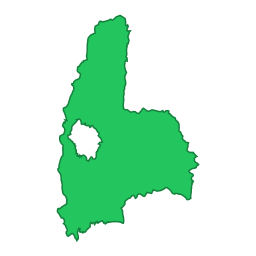 Antsirabe II, Vakinankaratra, Madagascar
{"feature_id": "10022922B65379850816186", "entity_name": "Antsirabe II", "entity_type": "district", "adm_level": 2, "iso_a3": "MDG", "parent_name": "Madagascar", "parent_adm1": "Vakinankaratra", "projection": "natural_earth1", "projection_center": [47.084, -19.841], "detail": "fine", "context": "isolated", "style": "filled", "palette": "green", "viewbox_px": 256, "rotation_deg": 0, "n_neighbors": 0, "source": "geoboundaries", "source_scale": "gbopen_adm2", "svg_char_len": 5741}
<svg xmlns="http://www.w3.org/2000/svg" viewBox="0 0 256 256"><path d="M63.5,223.5L65.8,225.8L65.8,226.7L67.4,229.9L67.3,230.7L66.3,231.7L66.2,233.1L67.3,235.8L68.3,236.2L71.8,233.6L72.7,233.6L74.4,235.6L75.2,238.1L76.7,239.9L76.9,240.6L78.3,238.7L78.2,235.8L77.4,233.4L77.6,231.7L78.2,230.2L78.5,228.8L78.8,228.9L79.7,228.3L80.0,228.5L79.8,229.4L79.5,229.9L79.8,230.6L79.5,231.6L79.8,232.0L80.6,232.2L81.8,231.9L82.8,232.9L83.4,231.9L84.1,232.2L85.0,232.1L85.8,231.4L86.6,230.0L90.2,226.7L90.1,224.0L90.6,223.4L90.8,222.6L91.7,223.5L92.3,223.6L93.4,222.4L94.0,222.5L94.3,222.9L94.4,224.5L94.6,224.7L95.8,222.2L96.9,222.8L97.0,221.6L97.9,221.9L98.3,222.9L100.0,221.7L102.4,220.8L103.7,223.0L104.3,222.6L105.2,223.9L106.3,223.3L106.6,222.5L107.8,222.5L108.1,221.9L108.5,222.3L113.0,221.6L118.2,221.7L120.8,222.2L122.9,223.3L123.3,223.2L123.7,221.9L123.7,220.4L123.4,216.9L122.7,214.4L122.5,210.5L121.1,208.1L122.7,206.9L124.3,205.0L125.0,203.8L124.9,201.3L128.7,198.3L129.8,198.2L130.4,197.8L131.6,196.0L132.7,195.6L134.0,195.5L135.4,198.3L136.4,197.7L137.1,196.5L137.4,195.0L138.3,194.3L139.5,193.9L140.3,194.0L143.4,196.2L144.6,196.3L147.1,192.5L151.6,193.4L153.2,189.9L157.2,191.1L159.1,190.8L161.5,190.3L161.9,189.7L163.2,189.5L165.5,187.8L166.3,187.5L167.3,187.8L169.5,189.5L170.6,190.5L172.1,192.9L173.6,193.8L174.8,194.1L175.6,193.4L176.3,193.4L177.6,193.6L178.6,194.2L180.9,194.3L182.9,195.4L185.7,197.6L187.0,199.6L188.5,199.6L190.8,198.4L190.6,196.1L191.2,192.1L191.2,189.2L191.6,188.0L191.4,186.7L192.1,184.2L191.8,182.4L192.3,181.9L192.8,182.4L193.3,181.1L191.5,179.7L191.3,178.1L192.2,176.5L193.2,175.8L193.2,175.0L192.6,174.1L190.0,172.8L189.0,171.5L188.8,170.8L192.0,168.7L195.9,167.8L196.2,167.5L196.5,166.1L198.6,164.7L197.7,163.5L195.5,162.3L194.4,160.7L194.5,159.8L194.3,158.9L194.5,158.2L195.6,157.1L196.9,156.4L195.5,155.3L193.3,152.5L192.5,152.7L192.2,152.3L191.5,152.5L190.8,152.3L189.7,152.6L186.9,150.4L186.9,149.8L188.0,146.2L187.8,145.3L188.1,143.8L188.5,142.8L185.8,142.2L184.7,140.9L183.2,139.8L182.4,138.7L182.3,138.0L182.8,136.6L182.7,135.8L181.5,134.7L180.7,132.2L180.0,131.6L179.1,131.3L178.9,130.9L179.1,127.4L179.0,124.4L178.2,122.4L175.5,119.7L175.3,118.1L173.9,117.2L173.3,117.4L169.7,113.6L168.5,113.5L168.9,111.5L168.6,110.9L167.8,110.7L165.8,110.8L164.8,112.0L164.3,112.1L163.4,112.0L163.2,111.2L162.7,110.6L160.7,111.6L159.9,111.7L152.0,109.8L149.9,110.9L147.9,111.3L145.4,109.8L143.6,108.3L143.3,108.3L142.3,109.0L141.3,110.9L140.3,111.7L139.8,112.6L138.9,113.3L138.2,113.4L137.0,113.1L135.3,111.8L133.3,111.5L131.3,112.2L130.4,112.0L127.3,109.8L125.4,109.8L123.6,108.8L123.2,105.1L123.8,99.3L123.4,97.6L124.1,93.6L123.8,91.3L124.0,90.3L124.6,89.1L124.6,86.7L125.5,84.9L125.7,83.2L125.4,80.6L124.8,78.2L124.8,76.5L126.5,72.4L125.2,69.6L124.5,65.4L125.1,61.8L125.6,60.8L126.2,60.3L126.6,60.9L127.2,61.1L127.0,57.8L126.0,57.0L126.1,56.2L126.8,54.7L126.5,50.6L126.7,47.3L127.2,46.7L126.9,44.5L127.4,43.9L128.0,44.0L128.2,43.6L129.0,40.4L128.1,37.6L128.0,35.7L128.9,34.2L129.2,32.4L130.3,30.9L127.4,31.0L127.2,30.6L127.0,29.8L127.1,29.0L127.6,27.6L127.9,27.4L127.7,26.9L128.2,26.3L127.6,24.9L126.5,25.8L125.6,25.1L125.6,21.7L125.1,18.5L120.1,15.4L116.3,16.9L112.5,20.2L112.0,20.2L111.1,19.4L110.4,19.2L108.9,20.2L104.6,21.5L102.1,21.9L100.8,21.2L100.3,21.2L99.1,22.1L98.4,24.6L95.4,26.1L95.1,26.8L94.7,29.4L95.1,33.0L91.0,34.9L89.7,36.1L88.1,38.3L87.3,44.3L87.2,51.1L86.9,54.5L86.5,55.9L87.2,59.5L85.3,60.4L83.4,60.8L82.9,62.3L81.9,62.3L81.3,63.3L80.3,64.3L79.4,66.2L78.3,66.5L77.7,67.0L77.3,70.8L78.1,72.0L80.3,73.7L80.4,74.5L79.9,77.3L78.8,78.9L75.9,80.0L74.0,81.6L73.3,83.5L71.7,83.9L71.7,84.4L72.0,85.0L73.6,86.4L73.9,89.5L72.8,91.3L72.1,93.5L70.6,96.1L68.2,104.1L66.5,106.6L65.9,107.1L63.6,108.0L63.3,108.8L63.4,110.3L65.1,114.4L66.9,120.5L65.2,120.0L65.7,120.7L65.0,121.4L65.1,122.7L64.5,122.9L63.9,122.4L63.6,122.6L63.5,123.0L63.8,123.2L62.9,124.5L62.9,125.5L62.6,126.1L64.5,128.3L65.0,130.5L64.2,132.5L63.9,133.9L61.0,135.6L60.5,135.6L59.9,136.6L59.7,137.8L59.8,140.0L60.4,141.9L61.8,144.0L63.3,145.5L62.8,147.6L63.0,154.5L62.7,155.8L61.7,156.7L60.8,158.8L59.3,164.1L58.9,166.6L59.1,167.7L58.0,168.7L57.9,169.4L58.2,170.8L60.6,174.3L61.2,177.4L61.1,179.5L62.3,184.5L62.1,186.8L62.2,189.1L62.8,192.7L63.4,194.2L65.5,195.9L66.9,199.5L66.6,202.2L66.9,203.7L61.6,207.1L59.7,208.8L59.2,208.9L58.7,208.4L58.1,208.5L57.6,209.3L57.4,211.2L57.7,212.2L59.0,213.7L61.3,217.9L63.2,218.2L63.9,219.2L64.4,220.8L64.5,222.2L64.2,222.9L63.5,223.5ZM78.8,118.9L80.0,119.4L80.6,120.5L81.1,121.6L81.4,124.1L83.8,124.2L84.8,123.2L85.1,123.2L85.5,123.4L85.0,124.9L87.1,125.7L89.2,125.6L89.5,126.1L89.6,126.9L90.1,126.9L89.8,127.1L90.0,127.4L90.8,126.9L91.3,125.7L92.4,125.5L92.9,126.0L93.3,127.1L94.2,128.0L95.6,128.6L97.8,132.2L99.0,133.0L98.9,134.5L98.2,135.6L100.9,138.7L102.4,142.0L101.6,142.4L100.0,142.2L98.4,143.9L100.2,144.9L100.4,145.4L99.7,146.8L98.9,147.4L97.6,150.3L97.6,151.1L96.8,151.5L96.3,152.4L96.2,157.0L95.7,158.0L94.8,158.9L94.0,159.2L93.3,159.0L92.7,158.5L92.2,157.5L91.7,157.0L91.0,157.0L88.7,160.9L88.4,160.4L87.7,160.7L86.6,160.3L86.5,158.1L86.1,157.3L85.2,156.2L83.7,155.1L82.6,155.3L81.5,156.0L81.4,156.6L80.4,155.7L80.5,156.1L79.9,156.8L79.9,156.0L79.6,155.6L78.5,155.6L78.3,156.2L77.2,156.0L77.1,155.7L77.4,155.5L77.3,155.1L77.6,154.8L77.7,153.7L76.9,153.3L76.0,153.3L76.3,152.7L76.0,151.8L76.1,151.3L76.3,151.3L76.2,149.9L75.2,148.4L75.6,146.0L74.7,145.6L74.5,145.2L74.8,145.0L74.6,144.6L74.9,144.3L74.9,144.0L73.4,143.4L72.4,141.4L71.5,141.3L70.3,139.6L68.5,138.7L67.8,136.8L68.0,135.3L69.8,134.9L70.7,134.2L70.4,134.1L70.2,132.4L71.7,129.8L71.7,127.1L73.1,124.8L75.3,122.9L77.6,119.9L76.8,119.9L76.6,119.7L77.8,119.6L78.8,118.9Z" fill="#22c55e" stroke="#15803d" stroke-width="1.5"/></svg>